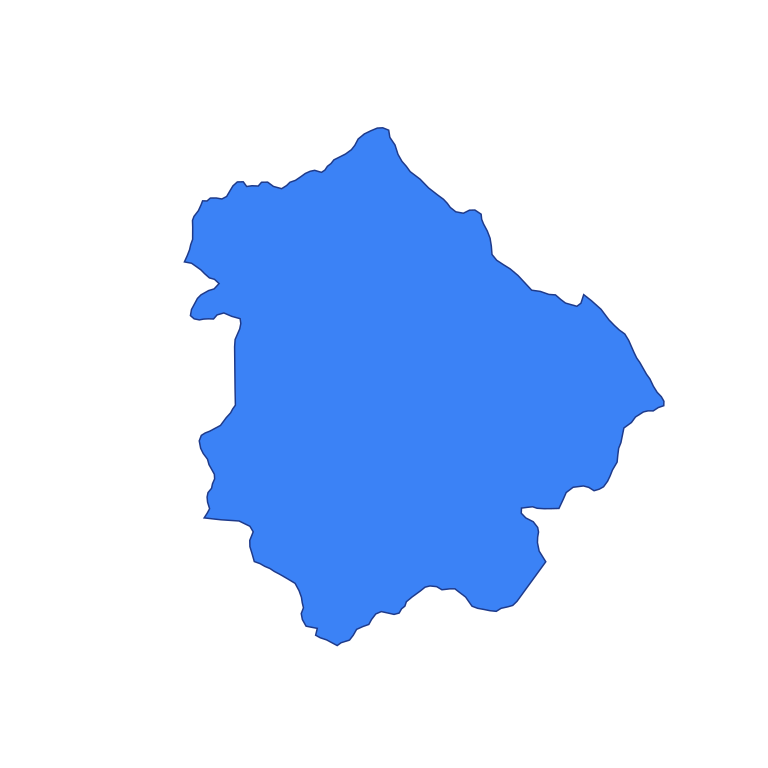 outline of Jaboticabal, São Paulo, Brazil, rotated 324°
{"feature_id": "56859067B8414745148064", "entity_name": "Jaboticabal", "entity_type": "district", "adm_level": 2, "iso_a3": "BRA", "parent_name": "Brazil", "parent_adm1": "São Paulo", "projection": "natural_earth1", "projection_center": [-48.295, -21.21], "detail": "fine", "context": "isolated", "style": "filled", "palette": "blue", "viewbox_px": 768, "rotation_deg": 324, "n_neighbors": 0, "source": "geoboundaries", "source_scale": "gbopen_adm2", "svg_char_len": 3291}
<svg xmlns="http://www.w3.org/2000/svg" viewBox="0 0 768 768"><g transform="rotate(324 384 384)"><path d="M562.4,303.7L559.8,296.7L555.3,293.6L548.6,292.5L543.3,286.9L541.4,280.1L541.4,275.0L540.7,269.5L538.4,262.3L535.3,251.5L533.6,239.5L530.0,227.6L530.0,220.9L529.4,214.4L530.3,206.4L533.4,197.1L533.7,187.9L537.0,181.4L533.6,176.0L529.0,173.0L522.2,171.4L515.1,170.1L507.1,170.6L500.6,173.8L495.3,175.3L488.0,175.3L480.5,174.1L475.2,173.2L470.7,174.5L466.2,174.6L461.9,176.2L457.8,176.0L453.5,170.4L449.3,168.5L444.1,167.4L438.8,167.4L432.1,167.2L426.5,165.5L421.9,166.2L416.0,165.8L410.7,159.2L408.5,152.3L403.5,148.8L398.6,149.9L393.7,146.0L389.0,143.5L389.0,137.7L384.1,134.3L378.3,134.9L373.1,137.1L366.9,139.8L361.6,139.0L357.6,134.9L352.8,131.5L348.4,131.9L344.9,129.2L341.2,131.6L335.7,134.7L328.8,136.7L325.2,139.1L321.4,144.7L316.9,150.8L314.2,154.5L309.6,157.6L305.6,161.1L300.3,164.5L294.3,167.9L299.3,173.2L301.3,179.1L302.9,183.9L303.7,189.2L305.1,195.5L308.4,199.7L309.6,205.8L302.4,207.2L297.0,205.3L288.3,204.3L283.4,205.1L272.0,210.6L267.6,214.9L268.7,219.7L272.3,223.6L276.3,225.5L280.3,228.1L284.3,231.2L289.6,230.0L296.2,232.4L300.6,239.8L306.0,246.6L303.7,250.9L299.7,254.6L289.7,260.5L285.0,266.1L261.0,299.9L251.3,313.8L246.8,315.3L242.9,317.2L236.6,318.5L227.4,321.4L215.1,319.7L210.5,318.5L206.0,318.2L201.1,321.4L197.9,328.2L196.9,333.9L197.0,341.1L195.0,346.4L194.4,351.7L193.7,357.3L191.2,361.2L186.6,363.9L183.2,367.0L177.8,368.4L174.4,371.5L171.8,375.9L169.6,382.4L165.0,384.6L159.8,386.6L167.1,393.3L172.4,398.1L186.2,409.6L188.8,414.5L191.9,420.3L191.3,426.7L187.5,429.1L183.5,431.6L179.9,436.8L177.5,443.8L174.7,451.4L178.1,456.4L180.4,461.5L183.3,466.3L185.1,471.2L187.5,476.0L190.8,483.4L194.9,493.0L193.8,501.3L191.8,508.1L189.3,512.9L187.3,517.7L182.1,521.1L179.5,526.6L178.6,534.1L182.0,537.8L186.4,542.5L181.0,547.1L183.3,551.9L187.1,557.2L192.4,568.1L197.2,568.1L205.6,570.9L211.4,569.2L217.6,566.4L224.3,567.8L230.4,569.6L235.5,567.2L242.2,565.2L248.0,566.5L253.2,572.3L256.7,576.3L261.6,578.2L266.1,576.2L270.3,576.0L274.1,573.3L281.3,572.8L291.8,572.8L297.8,572.5L302.5,574.4L307.5,578.9L309.9,584.5L317.0,588.5L321.0,591.4L322.5,596.7L324.8,604.3L324.6,615.5L327.9,620.5L332.3,625.1L336.4,629.6L341.2,633.9L346.9,634.3L353.1,637.0L358.0,638.8L363.8,638.0L410.4,622.9L411.3,610.4L414.9,602.5L418.3,598.2L422.0,594.6L424.0,590.4L423.8,583.2L420.0,575.7L419.1,569.2L422.3,565.2L427.6,568.1L432.1,570.7L434.8,574.5L440.1,578.9L445.7,582.9L452.4,587.5L461.3,582.6L467.6,578.9L476.3,578.7L485.4,583.7L488.9,588.0L491.2,593.8L496.3,595.6L501.2,596.2L507.7,594.1L513.0,591.2L518.2,587.9L526.7,584.2L531.4,578.9L536.1,573.9L541.2,570.7L546.1,566.2L552.2,560.6L561.5,560.6L568.1,558.5L577.5,559.1L581.8,560.9L586.0,564.0L592.1,564.3L597.6,566.0L600.3,562.5L600.9,557.4L600.1,551.3L600.6,544.2L602.1,536.2L602.1,530.4L603.6,516.9L603.7,511.5L604.8,505.4L606.3,498.5L607.6,492.5L608.2,485.1L606.1,478.7L604.8,472.1L603.7,464.4L603.5,451.1L600.8,438.6L598.1,429.1L590.8,434.4L585.7,434.5L578.4,425.2L576.7,419.6L575.1,412.7L570.0,408.4L564.9,401.0L558.6,394.9L556.2,375.0L553.7,364.9L550.8,357.8L547.9,350.1L547.5,342.7L551.9,335.5L555.5,328.4L557.5,320.9L558.6,313.0L559.8,308.2L562.4,303.7Z" fill="#3b82f6" stroke="#1e3a8a" stroke-width="1.5"/></g></svg>